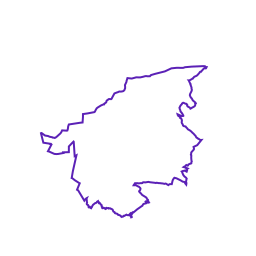 Ixtacuixtla de Mariano Matamoros, Tlaxcala, Mexico, rotated 115°
{"feature_id": "50627088B9803475086398", "entity_name": "Ixtacuixtla de Mariano Matamoros", "entity_type": "district", "adm_level": 2, "iso_a3": "MEX", "parent_name": "Mexico", "parent_adm1": "Tlaxcala", "projection": "orthographic", "projection_center": [-98.372, 19.347], "detail": "fine", "context": "isolated", "style": "outline", "palette": "violet", "viewbox_px": 256, "rotation_deg": 115, "n_neighbors": 0, "source": "geoboundaries", "source_scale": "gbopen_adm2", "svg_char_len": 5678}
<svg xmlns="http://www.w3.org/2000/svg" viewBox="0 0 256 256"><g transform="rotate(115 128 128)"><path d="M70.1,129.3L70.4,129.4L70.6,129.7L71.8,130.0L72.9,132.2L73.3,133.6L73.9,134.5L75.2,136.0L76.9,138.2L78.7,142.1L79.5,143.0L81.6,145.5L83.0,149.6L86.0,149.2L86.8,148.9L89.5,148.9L90.4,148.9L91.7,148.1L93.2,147.4L93.8,147.4L95.2,147.3L96.5,147.8L97.2,148.6L98.0,149.8L98.6,151.3L100.0,152.5L100.4,153.0L102.4,154.9L107.1,155.2L108.4,155.2L109.0,155.5L109.6,157.1L110.1,157.8L110.9,158.1L111.8,158.7L112.5,158.9L114.0,158.6L115.7,159.6L116.6,159.6L116.7,160.1L117.1,160.3L118.7,161.8L122.2,164.1L123.4,164.7L125.5,164.9L127.2,164.9L127.9,165.3L132.0,171.0L134.4,174.7L137.0,173.5L142.2,171.5L143.4,173.5L149.8,183.1L151.8,182.9L154.3,182.1L155.9,181.9L156.3,182.4L158.0,186.7L160.2,186.7L161.5,187.0L166.0,188.9L167.3,189.6L168.0,190.2L168.0,190.8L168.5,192.0L168.4,192.6L169.1,195.6L169.0,196.5L169.1,197.2L169.9,200.0L169.1,204.1L169.2,204.5L169.5,204.7L177.1,198.5L175.2,192.0L175.5,192.1L175.4,190.4L182.9,190.7L182.7,189.7L182.6,183.8L181.9,181.9L181.1,180.4L177.9,175.9L177.4,176.4L174.9,171.4L169.7,173.8L165.2,172.3L163.3,171.6L163.4,171.4L176.1,164.4L174.5,163.2L190.5,159.7L197.1,157.9L197.0,157.6L197.1,157.0L197.8,154.2L198.5,149.0L198.5,148.4L205.5,148.1L205.6,146.8L212.3,136.9L211.5,136.8L210.5,136.5L209.3,136.0L208.9,135.7L209.9,135.7L210.6,135.0L211.5,134.5L212.1,134.3L212.3,134.0L212.8,133.6L213.8,133.5L214.6,133.0L214.7,131.6L215.1,131.4L215.4,130.6L216.2,130.4L216.5,130.1L216.4,129.9L215.8,129.5L215.6,129.2L216.0,128.8L216.3,128.3L216.3,127.5L215.1,127.5L214.8,127.3L213.7,127.4L212.3,127.2L209.8,125.9L209.4,125.3L208.9,125.0L208.7,124.9L207.9,124.9L207.0,124.3L207.3,124.1L207.5,123.9L207.6,122.8L207.9,122.6L208.4,122.6L208.5,122.5L208.4,122.1L208.0,121.8L208.0,121.6L208.3,121.0L208.9,120.4L209.1,119.2L210.1,118.8L210.4,118.6L210.5,117.9L211.3,117.7L211.5,117.3L211.3,117.0L210.8,116.6L210.6,116.2L210.8,115.4L210.4,115.1L210.3,114.6L210.8,114.1L210.7,114.0L210.5,113.8L209.9,113.9L209.5,113.8L209.4,112.9L208.8,111.9L209.1,111.3L208.5,110.7L208.3,109.9L208.5,109.3L208.3,108.7L208.5,107.4L209.6,106.3L209.9,105.9L210.0,104.5L210.6,104.0L210.7,103.7L210.3,101.5L210.3,101.2L210.7,100.8L210.9,100.2L210.6,99.1L210.6,98.0L211.3,96.4L210.8,96.1L210.8,95.6L210.6,95.2L209.3,94.7L209.1,94.0L208.7,93.9L207.2,92.8L207.3,92.2L207.0,91.0L206.4,90.5L206.4,90.2L206.6,89.7L206.4,89.4L206.3,89.0L206.9,87.9L206.9,87.5L207.1,87.2L207.5,87.2L207.4,87.0L207.1,86.9L206.5,87.5L205.9,89.2L205.5,89.9L205.2,90.0L204.9,89.9L205.2,89.5L205.2,89.3L204.6,89.5L204.2,89.4L204.5,88.8L204.4,88.3L203.8,88.5L203.1,88.5L203.0,88.3L203.1,88.0L202.4,88.0L202.1,87.9L202.1,87.3L197.8,85.3L194.0,83.1L193.2,82.7L192.4,82.1L191.4,82.1L190.4,81.9L190.1,81.7L189.5,80.8L188.7,80.1L188.3,79.4L187.6,79.2L187.2,79.4L187.1,79.8L187.4,80.4L187.5,80.7L187.3,81.0L187.0,80.9L186.6,80.4L186.4,80.0L186.4,79.5L186.9,77.8L186.7,77.6L186.5,78.0L185.9,78.4L185.4,79.5L185.1,79.6L184.7,79.6L184.2,80.9L183.4,81.8L183.2,82.6L182.7,86.8L182.5,87.3L181.8,88.7L181.5,89.8L180.9,91.0L180.6,91.2L180.1,91.1L179.6,90.8L178.7,90.8L177.6,91.1L177.2,91.6L176.6,93.3L176.7,94.8L176.5,96.2L176.6,96.8L177.5,98.7L177.1,98.7L176.1,98.4L175.2,98.4L174.7,97.6L174.2,96.4L173.9,95.9L173.7,94.9L172.6,93.2L172.4,92.6L171.8,91.7L171.3,91.7L170.8,91.3L170.3,90.3L170.1,89.5L168.2,86.7L167.9,85.3L166.2,80.1L166.1,79.5L165.5,78.9L164.9,76.6L164.4,75.6L164.3,75.1L163.6,73.1L163.2,71.3L162.5,70.5L162.4,69.7L162.6,68.6L162.7,67.3L162.0,67.0L161.2,66.4L160.4,64.6L157.1,65.3L156.1,65.4L154.4,65.2L153.5,64.9L153.1,62.8L153.2,58.4L153.5,55.8L153.4,55.2L153.1,54.5L153.1,53.7L153.2,53.4L154.0,52.8L154.7,51.3L153.6,51.6L152.8,52.1L152.6,52.5L152.1,52.8L151.2,52.9L150.5,53.2L149.1,53.4L148.5,54.5L148.0,56.5L147.3,57.9L146.3,59.1L144.9,60.5L144.7,60.9L143.6,59.9L142.7,58.4L141.9,57.9L142.7,58.0L142.8,56.4L141.8,56.5L141.6,57.0L141.5,56.8L141.1,56.7L140.1,57.2L139.5,56.8L139.5,57.9L139.8,58.8L139.5,60.0L139.8,60.4L139.9,61.1L139.5,60.9L139.1,60.0L138.6,59.9L138.0,60.0L136.9,59.5L137.0,58.3L136.8,57.9L136.5,57.8L135.5,57.8L134.3,56.8L133.6,55.9L133.1,55.7L132.2,56.1L131.3,56.1L130.7,56.7L129.9,57.2L128.3,58.1L126.2,59.0L125.7,59.7L124.9,59.7L124.0,60.2L123.2,60.3L119.9,59.3L119.1,59.3L117.4,60.6L114.3,58.0L107.8,56.4L108.2,57.1L108.3,57.4L108.0,59.3L108.0,59.7L108.1,59.8L107.7,61.1L107.8,61.7L107.3,62.6L106.6,63.4L106.2,64.5L105.4,66.3L105.1,67.5L104.4,69.3L104.0,71.1L103.9,72.9L103.8,73.4L103.3,74.1L102.8,75.6L102.3,76.4L102.7,78.3L102.5,79.2L101.6,79.9L101.0,81.0L100.3,81.7L99.1,82.1L98.7,82.1L98.3,82.5L97.7,82.8L97.0,83.7L96.8,85.0L96.0,85.0L95.8,87.5L95.2,88.2L95.1,88.5L94.6,88.9L94.6,85.2L94.1,83.6L93.8,83.1L93.7,83.0L93.2,83.2L92.8,83.9L92.0,84.9L91.8,85.5L91.4,85.9L91.2,86.6L90.7,87.5L89.8,88.1L89.1,89.0L88.2,89.6L88.0,89.9L85.8,89.9L84.7,89.7L83.8,89.3L83.1,89.4L82.8,89.3L81.9,88.8L81.7,88.4L81.7,86.1L81.4,85.3L81.6,84.8L82.0,84.5L82.1,84.0L82.3,83.9L82.6,83.9L83.1,83.4L83.3,82.8L83.4,80.9L83.8,79.8L84.0,79.6L83.7,79.4L83.5,79.1L82.3,78.4L81.3,77.6L80.2,76.9L79.4,76.7L78.3,76.9L77.7,77.2L77.5,77.4L77.0,77.0L76.5,77.6L75.6,80.9L74.2,82.8L73.8,84.0L72.3,85.7L71.9,85.9L70.7,86.1L67.9,86.0L66.5,86.2L65.4,87.1L64.7,87.4L64.3,87.7L62.0,90.0L61.7,89.9L60.9,91.1L59.8,92.4L59.4,92.7L59.2,93.1L58.9,92.5L56.7,90.8L55.8,90.4L55.7,90.1L55.1,90.0L53.6,89.6L51.8,88.0L50.9,87.5L47.9,86.6L46.9,86.5L46.4,86.2L46.2,85.6L45.3,85.4L42.1,84.4L41.4,83.8L41.3,83.1L41.0,82.6L40.7,82.5L39.6,82.5L39.8,83.0L39.6,84.3L39.5,84.5L39.9,85.2L40.0,85.7L45.4,96.1L48.8,102.0L49.8,103.0L50.3,103.6L52.8,109.2L55.6,113.9L61.1,118.5L67.3,126.1L70.1,129.3Z" fill="none" stroke="#5b21b6" stroke-width="2"/></g></svg>